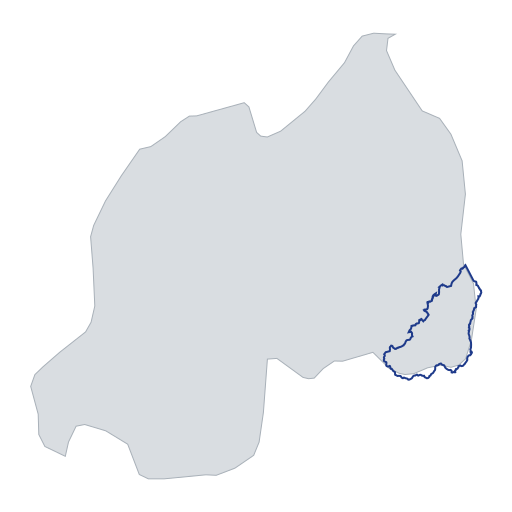 Kirehe, Eastern, Rwanda (highlighted)
{"feature_id": "39286606B14634167117771", "entity_name": "Kirehe", "entity_type": "district", "adm_level": 2, "iso_a3": "RWA", "parent_name": "Rwanda", "parent_adm1": "Eastern", "projection": "natural_earth1", "projection_center": [30.661, -2.196], "detail": "fine", "context": "in_parent", "style": "outline", "palette": "blue", "viewbox_px": 512, "rotation_deg": 0, "n_neighbors": 0, "source": "geoboundaries", "source_scale": "gbopen_adm2", "svg_char_len": 6977}
<svg xmlns="http://www.w3.org/2000/svg" viewBox="0 0 512 512"><path d="M189.4,116.1L196.6,115.9L244.2,102.7L248.9,106.9L256.6,132.4L260.7,136.1L267.3,137.0L280.6,131.2L305.1,111.2L315.8,99.0L328.4,82.0L344.5,62.7L353.5,45.9L362.2,36.1L373.7,33.2L386.4,33.9L395.3,34.2L388.0,38.3L386.5,50.6L394.9,70.2L422.2,110.9L439.6,118.4L450.9,134.2L462.1,160.8L465.4,194.2L460.8,234.3L463.5,264.1L473.5,283.6L476.2,309.0L471.4,340.1L465.6,358.8L458.8,365.0L451.0,367.3L440.5,365.2L427.6,367.8L413.7,373.7L404.9,374.5L399.5,373.4L389.2,368.4L372.9,352.3L342.6,361.2L334.3,361.0L323.2,368.6L314.2,378.1L308.6,378.7L303.0,377.4L276.9,358.4L267.4,359.1L263.4,412.4L259.1,442.1L253.7,455.3L235.0,468.1L216.2,475.3L205.9,474.8L164.5,478.8L148.3,478.8L139.3,474.5L127.7,444.2L105.7,430.8L84.7,424.5L76.1,426.2L68.5,442.0L65.3,456.3L44.9,446.5L38.8,434.5L38.2,414.2L30.7,386.4L34.9,374.6L42.9,366.9L59.8,352.2L85.6,331.9L91.1,322.2L94.8,306.0L93.1,268.4L90.6,236.7L93.7,225.4L105.5,200.9L121.3,175.8L139.7,149.2L150.8,146.6L165.3,136.6L180.7,121.7L189.4,116.1Z" fill="#d9dde1" stroke="#a8b0b8" stroke-width="1"/><path d="M427.4,302.7L427.7,304.0L428.0,305.9L427.7,308.0L427.6,308.5L427.3,308.8L427.1,309.2L425.9,309.5L424.9,309.5L424.5,309.6L424.5,309.8L424.3,309.9L424.3,310.1L424.0,310.2L424.4,310.8L426.1,311.6L426.8,312.0L427.0,312.5L427.3,312.7L427.6,313.1L427.8,313.8L428.2,314.0L428.4,314.4L428.6,314.7L428.5,315.0L428.4,315.0L428.1,315.6L425.7,318.8L425.0,320.0L424.0,320.4L423.3,321.3L421.7,319.6L421.5,319.0L421.3,318.9L420.9,319.4L420.3,319.6L420.3,320.1L420.2,320.2L419.3,320.1L419.2,320.5L419.2,321.6L418.9,323.0L418.7,323.2L418.1,323.3L417.7,323.5L416.9,323.4L416.5,323.6L416.3,323.9L415.9,324.0L415.5,324.5L415.4,325.3L415.1,325.4L413.2,325.4L412.7,325.6L412.7,325.8L412.4,325.9L412.0,325.9L411.9,325.8L411.5,325.9L411.5,326.3L411.1,328.5L410.6,329.3L410.0,329.8L409.5,330.4L408.7,332.2L409.1,332.1L409.6,332.1L410.4,332.0L410.6,331.7L411.1,331.7L411.4,332.3L411.7,332.5L411.9,332.8L412.1,333.6L412.0,334.0L412.0,335.2L412.5,336.4L411.9,336.6L411.1,337.4L411.0,337.6L410.7,337.9L410.5,338.6L410.1,339.4L409.5,339.8L409.0,339.8L407.1,340.1L406.5,340.4L405.7,341.6L405.1,343.3L404.5,344.2L404.0,344.7L403.8,345.0L403.7,344.9L403.3,345.4L401.7,346.4L400.3,347.0L399.2,347.1L398.6,347.7L398.1,347.7L397.8,347.9L397.4,347.8L396.7,348.3L396.5,348.6L395.8,348.9L395.5,348.8L395.2,348.9L394.8,348.8L394.7,348.5L394.4,348.4L393.5,347.9L393.2,347.7L392.8,347.0L392.6,346.3L392.3,346.0L391.8,345.7L391.1,345.7L390.6,346.5L390.0,347.0L389.8,347.7L390.0,349.8L389.8,350.5L389.7,351.2L385.7,352.2L384.2,354.2L384.5,354.5L384.8,355.3L384.6,356.3L384.2,356.6L383.9,357.5L383.9,357.8L384.3,358.8L383.8,359.8L383.8,360.2L384.0,361.0L385.4,361.9L385.6,362.0L386.0,362.0L386.3,362.2L386.4,362.5L386.4,363.5L386.2,365.0L386.5,365.9L387.3,366.4L388.2,366.6L388.9,366.4L389.4,365.9L389.8,366.0L390.0,366.1L390.3,367.1L390.5,368.4L390.8,368.7L391.1,368.9L391.7,368.8L391.9,369.0L392.5,369.8L392.9,370.6L393.3,371.0L394.5,371.8L394.8,371.9L394.9,372.0L395.0,372.5L395.1,373.0L395.0,374.1L395.4,375.0L396.2,375.2L397.0,375.7L397.6,376.0L398.9,375.8L400.5,376.0L401.2,376.8L401.3,377.2L401.6,377.5L402.4,378.1L403.0,378.2L403.8,377.6L404.1,377.6L405.4,378.2L406.8,378.5L407.4,378.7L407.9,379.1L408.0,379.4L408.3,379.7L409.0,379.7L410.4,379.1L411.8,378.3L412.4,377.4L412.9,376.5L413.3,376.1L414.3,375.5L415.0,375.6L415.3,375.5L416.3,374.9L416.8,374.6L417.2,374.7L417.6,375.2L418.1,375.6L418.4,375.6L419.5,375.0L420.3,374.8L420.9,374.9L421.8,375.6L422.1,375.7L422.3,375.6L423.3,375.9L424.1,375.8L424.2,376.1L424.4,376.7L424.9,377.3L425.4,377.4L426.7,378.2L427.9,378.1L428.1,378.0L429.1,377.1L429.3,376.8L429.3,376.3L429.4,376.0L430.2,375.7L430.6,375.4L431.0,374.3L431.3,374.0L432.9,373.1L433.6,372.1L434.1,371.1L434.7,370.5L435.0,370.0L435.2,369.1L435.2,367.3L435.2,366.9L436.1,365.6L436.6,365.3L437.4,365.4L437.9,365.2L438.3,365.0L439.2,364.0L440.9,363.5L441.8,364.5L442.7,364.9L444.2,365.4L444.9,366.9L445.4,367.8L446.5,368.8L448.3,369.9L449.4,370.1L450.5,369.9L450.7,370.0L451.1,370.3L451.6,370.9L451.6,372.1L451.6,372.4L451.9,372.5L452.3,372.6L454.0,371.9L454.5,372.2L455.0,372.2L455.1,372.3L455.3,372.2L455.0,370.8L455.7,370.2L455.7,369.4L456.0,369.0L456.5,369.1L457.4,368.7L457.9,367.8L458.2,367.6L458.4,367.1L458.5,366.2L460.5,365.5L460.9,365.8L461.1,366.0L461.3,366.1L462.3,366.0L463.1,365.7L463.4,365.4L464.1,364.4L465.1,363.6L465.3,362.9L466.4,361.6L467.3,360.0L467.3,359.5L467.1,359.0L467.1,358.8L467.4,357.8L467.3,357.6L467.5,357.1L467.8,356.5L468.9,355.4L469.6,355.2L470.0,355.3L470.1,355.2L470.3,355.0L471.0,354.4L471.4,353.4L471.7,353.1L471.9,352.4L471.7,352.0L471.0,352.3L470.6,352.4L470.5,351.5L470.7,350.6L470.3,349.3L470.8,348.2L471.0,347.5L471.1,344.7L471.0,342.4L470.9,341.9L470.6,341.4L470.5,340.7L470.1,340.1L469.8,339.3L469.4,338.5L469.4,338.3L469.6,337.6L469.5,336.6L469.2,335.3L468.7,334.1L468.6,333.7L468.7,332.7L469.0,331.5L468.6,330.7L468.7,330.4L469.3,330.1L469.5,329.7L469.4,329.0L469.5,328.4L469.4,328.1L468.9,327.7L469.3,326.8L469.2,326.4L469.0,326.1L469.1,325.8L469.0,324.9L469.3,324.6L469.7,323.8L470.1,323.8L470.2,323.5L470.3,322.4L470.6,321.5L470.8,320.2L471.3,319.5L471.7,319.3L471.9,319.0L472.1,318.7L472.4,318.5L472.5,318.3L472.5,318.0L472.3,317.6L472.6,316.8L472.3,315.9L472.3,315.5L472.5,315.0L473.0,314.0L473.0,312.8L472.8,312.1L473.2,311.6L473.4,310.8L473.8,310.2L474.0,309.7L473.9,309.2L474.3,308.6L474.3,308.3L474.3,308.2L474.7,308.1L475.4,307.4L476.0,307.2L476.1,306.9L476.1,305.2L476.3,304.5L475.7,303.3L475.6,303.0L476.3,301.9L476.6,301.7L476.9,301.1L477.5,300.1L477.8,299.4L478.3,298.8L478.5,297.9L478.4,296.3L479.5,296.5L480.0,295.8L480.3,295.0L480.4,294.2L480.5,293.9L480.9,293.7L481.3,292.3L481.0,291.5L481.1,290.9L480.9,290.3L479.9,289.6L479.8,289.0L479.6,288.6L479.3,288.5L479.1,288.3L478.9,287.5L478.3,286.7L478.0,285.9L477.2,285.2L476.4,285.1L476.3,284.0L476.5,283.4L476.2,281.9L475.9,281.6L475.6,281.5L474.7,281.4L474.1,281.2L473.4,280.5L465.4,265.1L465.2,265.3L465.2,265.9L465.0,266.1L464.5,266.3L464.3,267.1L463.2,267.6L463.0,268.2L462.5,268.7L461.9,268.4L461.4,268.5L460.4,269.7L460.0,270.5L460.7,271.1L460.7,271.6L460.2,272.9L457.9,276.4L456.4,278.2L454.0,280.2L452.8,281.4L452.3,282.0L451.8,283.0L451.4,284.2L451.1,285.9L447.0,287.0L446.1,286.4L446.0,286.1L445.5,286.0L444.9,285.8L444.5,285.4L444.0,285.2L443.4,285.2L442.8,285.4L442.5,284.5L441.2,285.3L439.2,287.1L439.4,287.2L439.5,287.4L439.6,287.5L439.0,289.7L439.1,291.6L439.0,292.1L439.1,292.6L438.8,294.4L438.2,294.9L436.4,295.6L436.4,295.8L435.3,295.6L435.8,293.4L434.7,294.1L434.4,294.4L433.6,294.9L433.5,295.3L433.0,295.8L432.8,296.2L433.0,296.4L432.8,296.7L433.0,297.0L432.8,297.3L432.9,297.6L432.7,298.3L432.5,298.6L432.2,298.6L432.2,299.1L431.9,299.5L432.1,299.8L432.0,300.3L431.9,300.8L431.6,301.0L430.7,301.3L430.4,301.6L430.2,301.7L429.7,301.4L429.2,301.4L428.8,301.8L428.5,302.4L427.9,302.0L427.5,302.0L427.4,302.2L427.4,302.7Z" fill="none" stroke="#1e3a8a" stroke-width="2"/></svg>